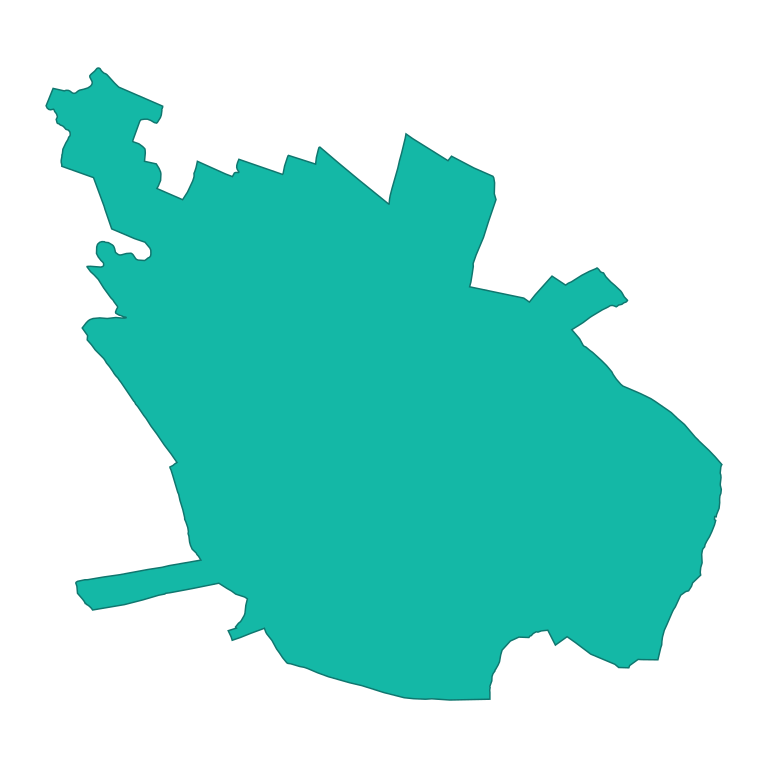 Balasesti, Galati, Romania
{"feature_id": "2599482B78270721119928", "entity_name": "Balasesti", "entity_type": "district", "adm_level": 2, "iso_a3": "ROU", "parent_name": "Romania", "parent_adm1": "Galati", "projection": "equal_earth", "projection_center": [27.624, 46.103], "detail": "fine", "context": "isolated", "style": "filled", "palette": "teal", "viewbox_px": 768, "rotation_deg": 0, "n_neighbors": 0, "source": "geoboundaries", "source_scale": "gbopen_adm2", "svg_char_len": 6002}
<svg xmlns="http://www.w3.org/2000/svg" viewBox="0 0 768 768"><path d="M287.9,663.4L290.8,663.8L299.7,666.5L304.1,667.3L307.6,668.5L317.4,672.7L328.3,676.7L349.9,682.8L361.8,685.6L384.0,692.6L404.1,697.7L413.6,698.7L425.5,699.2L431.8,698.8L449.9,700.0L489.9,699.2L489.9,692.4L489.7,690.2L490.1,687.5L489.8,686.5L491.8,680.9L492.0,676.6L493.0,673.7L495.0,670.9L494.9,670.3L495.6,669.4L498.1,665.0L499.5,661.8L500.7,654.9L502.1,650.1L510.4,641.0L518.9,637.1L528.9,637.5L530.0,636.0L531.3,635.6L533.1,633.6L536.1,631.8L538.0,632.1L541.3,630.9L547.8,630.2L555.4,645.1L567.1,636.7L575.3,642.5L590.7,654.1L614.9,664.3L618.7,667.5L628.8,667.8L629.7,665.5L638.1,659.4L641.5,659.6L657.9,659.8L660.7,647.9L661.7,644.9L661.9,641.4L662.5,637.0L664.3,630.3L666.9,624.6L672.1,612.5L673.4,609.8L675.3,606.9L680.7,595.2L685.7,591.6L688.6,590.8L691.5,586.3L692.6,582.9L700.7,575.1L700.3,572.9L700.3,571.7L700.7,567.6L702.1,562.9L701.7,554.3L702.4,550.2L703.0,548.7L704.6,546.9L705.1,544.5L706.8,541.1L709.5,536.6L711.8,531.7L714.5,524.9L715.7,520.4L714.5,519.6L714.7,516.6L716.2,516.8L716.5,514.8L719.1,508.3L719.7,502.7L719.6,499.2L719.9,495.9L720.9,493.3L721.3,489.4L720.3,485.2L720.3,483.9L721.0,477.6L720.8,475.1L720.2,473.1L720.8,467.2L721.3,465.5L721.9,464.6L715.4,457.1L709.3,450.7L698.4,440.4L698.4,440.2L695.2,437.1L684.5,424.5L677.7,418.7L671.3,412.6L655.3,401.5L651.1,398.8L640.5,393.6L623.0,386.1L620.8,384.3L616.3,379.1L613.1,374.4L611.8,371.8L606.5,365.5L601.7,360.7L592.5,352.3L590.1,350.6L586.0,347.1L584.2,346.3L583.5,345.7L583.0,345.1L579.6,338.8L571.8,329.7L583.2,322.5L590.2,317.2L592.9,315.5L602.4,309.8L608.1,307.0L610.1,305.7L612.2,305.4L614.2,305.9L616.2,306.8L617.4,306.1L618.5,305.1L621.9,304.3L623.7,302.9L626.1,302.0L626.9,301.3L627.5,300.3L624.3,296.9L621.9,292.6L620.8,291.1L614.9,285.5L610.6,281.8L605.8,276.7L603.5,272.9L602.4,272.7L600.5,271.8L598.9,269.6L597.4,268.1L596.9,268.0L595.8,268.7L589.3,271.4L581.6,275.4L571.3,281.9L568.3,283.2L565.6,285.1L552.0,276.1L535.3,294.7L529.4,302.1L523.8,298.1L469.6,286.8L470.9,282.0L472.2,273.9L473.3,266.4L473.1,263.6L476.1,255.0L483.5,237.4L488.5,221.6L496.0,199.6L494.3,193.8L494.6,182.8L493.8,177.9L492.9,176.3L474.0,168.0L451.5,156.2L448.0,160.7L412.8,138.7L406.0,133.9L405.2,138.3L401.6,153.1L399.6,160.3L397.8,168.2L392.0,188.5L390.3,195.1L389.6,198.9L389.1,204.0L388.6,204.0L358.5,179.6L338.2,162.7L319.9,147.1L319.0,147.5L318.4,149.3L316.4,157.4L315.6,164.1L288.5,155.4L288.1,155.7L287.3,157.7L284.6,166.0L283.1,173.6L282.5,174.4L238.9,159.3L237.6,162.5L236.8,165.3L236.7,167.4L237.2,169.2L238.9,172.0L238.6,172.5L235.6,172.5L234.4,173.0L232.4,176.6L225.6,174.0L197.4,161.3L196.1,167.4L194.8,171.5L194.0,173.3L194.1,176.1L193.8,177.6L192.7,181.0L187.5,192.1L182.6,199.7L156.9,188.5L158.4,185.8L160.6,180.4L160.9,174.0L160.6,172.0L159.1,168.5L156.3,163.9L144.5,161.3L145.3,153.0L145.1,149.8L144.8,148.7L142.6,146.5L138.9,143.8L133.0,141.7L132.7,141.2L133.1,139.7L139.8,121.2L141.0,119.7L144.4,119.2L147.5,119.2L150.7,120.4L154.4,122.6L156.6,123.1L157.4,122.4L160.4,117.6L161.3,115.0L161.9,110.5L161.8,109.4L162.6,107.4L162.7,106.2L118.7,87.1L114.6,83.1L107.1,74.8L105.9,73.9L103.7,73.0L101.5,70.9L100.0,68.6L98.8,68.0L97.7,68.1L96.9,68.5L94.6,71.2L91.1,74.2L89.9,75.6L89.8,76.2L89.9,77.2L92.2,81.8L92.2,83.3L91.7,84.7L90.5,86.2L87.9,87.9L83.8,89.2L79.5,90.2L77.8,91.2L75.7,93.0L73.9,93.4L72.3,92.9L70.0,91.1L68.4,90.4L66.1,90.3L64.3,90.9L53.1,88.4L46.1,105.8L47.2,108.1L48.8,109.4L50.5,109.8L53.5,109.2L53.9,109.5L54.7,111.5L56.4,113.7L57.3,116.2L57.3,117.2L56.2,119.4L57.1,122.9L57.8,123.5L59.1,123.9L60.3,125.0L62.6,125.9L64.0,127.1L65.9,129.3L68.3,130.1L69.8,131.8L70.1,133.0L70.2,134.9L69.9,135.9L68.7,137.2L67.9,139.5L65.9,142.8L62.9,149.2L62.4,153.6L61.9,155.0L61.9,156.4L61.2,160.2L61.2,162.2L61.8,164.9L61.8,166.3L93.5,177.6L104.1,206.3L105.0,209.4L111.7,228.9L134.5,238.6L145.0,242.2L149.9,248.1L150.8,250.2L150.9,254.1L150.5,256.1L149.5,257.3L148.0,258.0L145.8,259.8L144.6,260.5L138.3,260.1L136.9,259.6L135.7,258.7L133.1,254.8L132.2,253.9L131.0,253.2L126.4,253.5L121.2,254.9L119.5,255.0L117.9,254.3L115.5,252.4L114.6,248.6L114.0,247.0L113.3,245.8L112.3,244.9L108.4,242.6L105.4,242.3L104.3,241.7L101.9,241.6L99.7,242.3L97.9,243.9L97.4,244.7L96.7,247.0L96.5,253.5L98.4,257.2L99.4,258.4L100.9,260.4L103.2,262.6L103.6,263.6L103.6,265.5L102.9,266.4L101.0,267.1L90.5,266.3L87.7,266.4L87.1,266.5L87.0,266.8L90.6,271.7L94.1,274.9L98.3,279.4L103.7,288.0L110.9,297.9L113.1,300.2L114.1,301.9L117.4,306.3L117.6,307.0L117.5,307.7L116.5,309.4L115.5,312.1L115.9,313.3L119.1,315.1L121.2,315.7L123.3,316.7L125.9,317.2L126.1,317.7L124.8,318.1L122.1,318.1L115.9,317.5L107.3,318.5L99.8,317.9L93.1,318.5L90.0,319.6L88.3,320.7L86.3,322.7L82.2,328.0L87.6,335.6L87.2,339.9L91.5,344.8L95.2,349.9L103.5,358.3L104.7,359.9L106.5,363.0L109.4,366.5L112.9,371.5L114.0,373.4L115.7,375.7L118.0,378.1L119.5,380.4L121.0,382.3L133.7,401.1L134.6,401.9L135.6,404.1L137.7,406.5L143.8,415.5L146.0,418.3L151.1,426.3L156.9,434.1L164.3,445.0L171.0,453.8L177.0,462.5L174.9,463.8L172.9,465.5L169.9,467.0L170.1,468.0L171.0,469.9L172.7,475.3L177.7,492.1L178.7,494.4L180.0,500.5L182.8,509.6L184.6,517.4L184.7,519.3L185.9,522.0L187.8,527.6L188.4,531.5L188.1,533.7L188.9,536.1L189.6,542.1L190.5,545.4L192.2,549.2L196.2,553.0L197.0,554.6L198.5,556.2L200.9,560.1L169.2,565.6L162.1,567.3L147.9,569.5L119.2,574.8L103.6,577.0L87.7,579.7L84.7,579.8L77.6,581.3L76.3,582.1L75.8,583.0L76.9,586.3L77.5,593.3L82.6,599.2L84.3,601.5L85.2,603.4L85.6,603.3L86.5,604.5L87.1,604.6L89.4,606.3L91.4,608.3L92.6,610.0L124.5,604.6L142.8,599.9L158.8,595.2L164.9,594.0L165.7,593.3L170.2,592.7L192.6,588.5L218.8,583.2L227.1,588.5L231.5,591.0L235.7,594.1L244.6,597.0L247.4,598.8L245.8,605.4L245.0,613.1L244.3,615.3L241.2,620.7L240.2,621.9L238.5,623.2L235.5,627.0L236.4,628.1L228.2,630.7L231.1,636.8L232.2,640.3L240.6,637.4L250.8,633.3L264.4,628.3L265.7,631.9L266.7,633.8L272.0,640.5L276.6,649.0L279.5,653.0L282.6,657.7L286.8,662.8L287.9,663.4Z" fill="#14b8a6" stroke="#0f766e" stroke-width="1.5"/></svg>